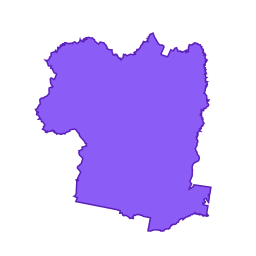 outline of Chau Duc, Bà Rịa - Vũng Tàu, Vietnam, rotated 190°
{"feature_id": "81297802B77796697839152", "entity_name": "Chau Duc", "entity_type": "district", "adm_level": 2, "iso_a3": "VNM", "parent_name": "Vietnam", "parent_adm1": "Bà Rịa - Vũng Tàu", "projection": "orthographic", "projection_center": [107.232, 10.656], "detail": "fine", "context": "isolated", "style": "filled", "palette": "violet", "viewbox_px": 256, "rotation_deg": 190, "n_neighbors": 0, "source": "geoboundaries", "source_scale": "gbopen_adm2", "svg_char_len": 5791}
<svg xmlns="http://www.w3.org/2000/svg" viewBox="0 0 256 256"><g transform="rotate(190 128 128)"><path d="M122.8,223.8L123.0,221.7L123.7,221.3L123.3,220.1L123.9,219.3L124.1,219.7L124.7,219.5L124.0,218.1L124.2,217.4L123.3,216.6L124.8,216.5L126.0,215.7L127.8,215.9L128.4,213.9L128.0,213.4L129.5,211.6L129.9,209.5L131.6,206.6L133.3,207.2L132.7,206.8L133.0,205.0L135.2,203.4L134.7,202.6L133.7,203.2L134.3,202.3L133.6,202.4L133.5,202.0L134.8,201.2L138.4,201.1L141.7,198.9L143.4,200.0L144.1,199.5L145.2,199.7L145.0,196.5L146.8,194.7L146.8,193.8L147.3,193.9L148.0,195.5L149.5,195.4L150.8,197.3L151.8,197.4L151.7,198.4L153.5,198.5L154.2,197.3L155.4,197.5L157.1,200.6L157.2,202.1L160.4,201.9L162.6,202.7L162.5,203.5L163.3,204.9L164.1,205.2L164.6,206.3L165.5,206.5L166.3,207.6L170.4,207.8L171.5,205.6L171.9,205.6L175.7,207.7L176.4,209.2L177.7,209.6L178.8,210.6L180.1,210.0L182.2,210.5L185.3,209.4L185.4,208.7L184.1,208.3L185.8,207.1L186.7,208.3L187.5,207.2L186.5,205.4L187.8,205.1L189.1,206.2L190.1,205.9L190.5,206.7L190.6,204.7L193.0,202.3L195.4,203.6L197.0,202.5L197.3,201.4L199.1,201.7L200.5,200.8L204.9,201.2L205.5,200.4L204.6,199.2L205.1,198.5L205.7,198.7L205.7,199.7L207.0,199.6L206.9,198.4L207.9,198.4L208.9,197.7L209.0,197.0L208.0,197.0L208.6,196.6L208.8,195.5L211.2,195.2L211.1,194.7L209.8,194.5L211.1,193.3L210.6,192.6L211.2,191.8L211.3,190.3L212.9,191.7L213.1,190.2L214.1,190.1L216.7,188.5L216.3,185.5L217.6,183.9L217.3,183.1L217.9,181.6L219.0,180.5L221.1,180.4L219.2,179.2L217.2,175.4L214.1,175.6L214.6,173.5L212.3,173.0L212.2,172.1L210.5,169.7L207.6,168.8L208.9,163.1L209.6,162.9L211.9,164.0L212.7,163.7L213.1,162.6L211.9,158.7L210.5,156.7L209.1,155.9L209.6,154.8L211.3,154.7L212.6,153.7L212.2,150.5L211.5,148.9L213.2,145.6L215.5,144.1L216.6,142.6L218.4,142.5L219.6,141.1L219.8,140.4L218.5,136.3L219.6,135.1L220.9,131.2L222.3,130.2L220.9,128.5L219.1,128.1L219.0,127.5L220.4,127.4L220.4,125.3L218.5,124.9L216.9,123.2L216.6,122.4L217.6,121.2L215.4,121.6L214.7,120.8L214.4,119.4L212.5,118.9L210.5,116.8L210.6,115.7L211.5,114.9L211.1,113.7L212.0,112.0L209.0,111.1L208.5,109.6L207.0,109.5L206.8,110.8L206.0,110.5L202.3,111.9L202.2,112.7L201.1,112.0L200.7,112.5L200.0,112.2L199.6,111.8L200.0,111.0L198.4,110.3L197.7,110.5L197.1,109.6L196.0,110.5L193.3,110.1L192.0,110.4L191.4,111.4L189.1,111.2L188.3,112.8L184.8,114.8L184.7,116.1L180.6,117.7L179.0,117.2L175.9,114.3L175.2,114.3L174.6,112.4L173.4,111.1L168.5,107.2L167.4,105.5L166.1,105.3L166.3,103.6L165.8,103.1L170.0,101.1L169.1,99.1L172.5,96.9L171.7,96.2L172.1,94.8L170.8,92.7L167.2,90.4L167.9,84.8L170.8,81.3L171.0,79.9L166.9,76.4L168.9,69.8L167.5,67.1L169.1,68.4L170.1,67.9L169.2,66.8L167.6,54.4L168.5,51.9L169.2,51.4L165.8,50.5L166.6,46.5L125.9,45.7L121.2,45.1L121.3,42.6L119.1,43.3L117.8,41.1L116.8,40.9L114.9,41.7L112.0,40.5L110.4,39.2L108.2,40.3L107.8,39.7L107.2,39.7L107.0,40.3L107.7,41.0L107.1,43.1L105.7,43.1L104.6,44.2L103.2,44.3L102.4,44.9L100.3,44.2L99.2,44.6L97.9,43.7L90.3,43.5L90.5,30.2L88.0,30.4L84.3,32.4L82.9,32.6L79.2,32.8L78.0,32.3L77.9,32.8L76.9,32.9L76.4,32.4L74.7,33.1L74.7,33.9L73.9,34.7L71.6,35.6L70.8,35.5L70.4,36.1L69.5,36.3L69.3,38.4L68.0,39.7L68.4,40.0L67.5,40.8L65.4,41.1L63.9,42.1L63.6,43.1L62.0,44.2L61.8,46.0L60.4,47.6L59.2,48.2L58.5,47.9L58.0,48.2L57.8,47.4L55.4,50.4L53.5,51.1L53.1,52.1L51.7,52.2L50.8,53.8L49.6,53.9L48.3,55.3L46.7,55.2L46.9,55.8L46.3,55.3L45.8,55.6L45.0,55.1L44.1,55.1L43.9,55.6L42.9,55.1L42.5,55.6L42.3,55.0L40.7,55.6L39.3,54.7L38.6,55.2L38.4,54.5L37.7,55.2L36.2,54.9L35.6,55.9L35.0,54.8L33.7,55.6L35.7,57.7L35.8,65.3L39.2,65.3L41.2,66.3L41.2,67.2L40.4,66.9L39.1,67.9L39.1,68.9L39.7,69.0L40.9,70.6L39.8,71.9L38.5,72.1L38.2,71.1L35.8,68.8L35.9,74.7L36.4,75.8L37.0,75.5L37.1,76.5L35.9,76.9L36.1,84.0L53.1,83.5L53.8,81.3L57.2,78.4L56.9,80.7L55.6,83.9L57.8,86.1L56.5,91.8L57.4,98.7L58.0,99.6L58.0,102.3L57.0,104.9L52.8,108.1L52.4,110.5L53.3,112.6L55.1,114.1L56.0,116.4L56.9,117.1L58.2,119.6L57.0,122.9L57.4,125.5L56.9,125.9L57.1,127.5L58.0,128.9L58.8,129.0L58.8,130.4L58.3,131.1L58.9,131.3L58.3,132.1L58.8,132.2L57.8,133.6L58.4,135.2L58.7,134.7L59.2,135.0L57.2,137.3L56.2,137.4L57.0,137.8L57.2,138.7L56.5,139.3L57.1,139.5L55.8,140.4L56.3,141.4L54.7,143.2L55.4,143.6L53.9,145.6L56.3,149.1L55.7,149.7L56.3,150.1L56.2,150.7L57.0,150.7L57.0,151.4L57.7,152.1L57.5,152.8L58.3,153.4L58.9,153.1L59.0,154.3L58.2,154.0L57.9,155.0L58.1,155.8L58.8,156.4L58.7,157.5L58.0,157.7L58.7,158.5L56.6,158.3L56.9,160.2L56.0,160.2L54.6,161.2L53.9,162.8L52.8,163.6L52.7,165.3L54.6,166.5L54.7,167.9L54.1,168.2L54.6,168.5L53.3,168.8L53.2,169.6L54.1,169.1L54.6,169.9L55.3,169.8L56.2,173.5L57.7,174.6L58.1,175.4L59.2,175.5L58.4,178.4L58.7,180.6L58.1,181.4L58.8,183.1L58.3,183.6L58.0,182.6L57.6,182.9L57.5,185.2L58.7,186.2L57.8,187.3L58.9,187.3L58.7,188.0L59.4,187.1L59.9,187.4L60.0,189.4L60.5,190.0L59.2,191.4L60.2,191.5L61.2,193.7L61.9,194.1L61.8,194.6L61.0,194.5L61.2,195.5L60.4,195.4L61.7,197.4L61.6,198.5L62.9,197.8L61.5,199.3L62.6,200.1L62.5,200.9L63.3,200.8L64.2,203.4L62.9,203.4L63.5,206.7L62.9,207.3L63.0,206.5L62.5,206.5L62.0,208.2L62.7,208.4L62.1,208.8L64.2,209.8L64.6,212.6L64.1,213.1L64.8,214.2L65.8,213.5L65.6,214.3L66.3,214.5L66.3,215.2L67.2,215.3L66.7,215.8L67.7,216.8L67.2,217.4L67.6,218.6L69.0,218.8L69.5,219.5L69.4,220.6L69.9,220.4L71.3,222.5L73.0,222.3L73.4,222.9L74.0,222.8L74.5,223.2L74.8,222.8L76.4,223.6L77.5,223.3L77.8,222.3L78.9,221.8L78.7,221.4L79.7,220.8L82.1,220.7L82.4,217.5L82.0,216.9L82.5,215.9L82.3,214.2L81.6,213.9L82.1,213.2L83.2,213.3L84.0,212.6L84.0,214.7L87.8,212.0L88.5,212.7L89.2,212.3L89.9,212.9L92.0,212.1L92.9,214.0L93.9,214.6L94.1,215.5L95.8,214.6L96.7,212.1L97.7,211.9L99.4,212.5L101.4,205.0L106.7,205.7L108.4,206.5L106.6,213.8L107.1,215.0L109.0,215.7L110.6,215.2L112.7,216.3L117.8,222.3L119.8,225.8L122.8,223.8Z" fill="#8b5cf6" stroke="#5b21b6" stroke-width="1.5"/></g></svg>